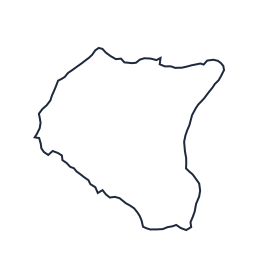 the district of Jeriquara, São Paulo, Brazil, rotated 197°
{"feature_id": "56859067B66998446193520", "entity_name": "Jeriquara", "entity_type": "district", "adm_level": 2, "iso_a3": "BRA", "parent_name": "Brazil", "parent_adm1": "São Paulo", "projection": "robinson", "projection_center": [-47.576, -20.342], "detail": "fine", "context": "isolated", "style": "outline", "palette": "slate", "viewbox_px": 256, "rotation_deg": 197, "n_neighbors": 0, "source": "geoboundaries", "source_scale": "gbopen_adm2", "svg_char_len": 1523}
<svg xmlns="http://www.w3.org/2000/svg" viewBox="0 0 256 256"><g transform="rotate(197 128 128)"><path d="M38.6,51.7L40.7,56.2L40.1,61.5L39.8,67.6L40.7,75.4L39.9,83.2L40.7,89.2L43.7,95.7L49.1,99.9L52.6,102.5L56.5,104.2L60.7,106.3L62.0,111.4L63.6,116.3L66.7,122.3L70.3,131.2L70.9,137.6L70.7,143.3L70.1,148.5L70.5,159.0L69.0,166.6L67.7,170.9L63.9,178.5L61.6,184.9L59.0,191.4L57.8,195.5L55.3,200.1L54.3,204.5L53.1,211.5L55.0,215.2L58.2,217.3L61.6,218.5L66.4,218.2L72.0,215.6L74.2,210.8L77.7,210.8L81.7,208.6L85.3,206.7L89.1,204.3L93.9,201.5L100.5,199.3L105.0,199.5L110.8,197.7L116.3,198.2L117.4,204.5L120.6,201.3L126.7,201.0L132.7,199.5L136.5,197.0L139.5,192.7L143.1,191.2L150.7,189.7L155.0,192.3L159.7,190.3L165.8,191.7L171.4,193.7L175.6,196.2L179.4,196.0L182.0,192.7L183.7,187.5L185.8,183.8L188.2,180.6L191.5,175.9L195.0,171.4L198.0,167.4L201.5,163.1L203.4,158.3L206.0,155.4L208.7,152.8L209.1,146.9L209.6,141.9L210.2,136.9L210.3,131.7L212.4,126.0L215.5,120.9L217.4,115.6L214.9,111.0L213.1,107.3L212.4,102.0L213.4,95.7L214.5,91.8L210.0,92.4L206.8,87.4L204.9,83.2L201.5,80.5L196.4,78.9L193.3,84.0L187.7,83.6L183.2,82.4L181.3,78.1L176.3,76.5L172.0,74.0L168.0,73.7L164.5,71.4L159.9,69.8L155.3,68.0L150.5,66.5L147.6,63.3L141.9,61.8L137.9,57.0L134.2,61.1L129.6,58.0L125.1,56.2L120.4,58.3L115.5,58.4L108.0,55.4L103.6,54.5L98.7,53.0L94.1,49.9L90.9,47.1L87.9,43.4L84.8,38.0L80.7,37.5L77.0,37.5L70.1,39.7L65.2,41.5L61.1,44.8L56.9,46.9L53.5,49.4L48.4,47.8L42.5,47.4L38.6,51.7Z" fill="none" stroke="#1e293b" stroke-width="2"/></g></svg>